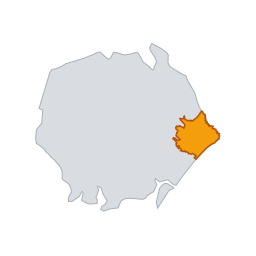 location of Pujehun, Southern, Sierra Leone, rotated 287°
{"feature_id": "65957751B2614126839094", "entity_name": "Pujehun", "entity_type": "district", "adm_level": 2, "iso_a3": "SLE", "parent_name": "Sierra Leone", "parent_adm1": "Southern", "projection": "albers", "projection_center": [-11.562, 7.3], "detail": "fine", "context": "in_parent", "style": "filled", "palette": "amber", "viewbox_px": 256, "rotation_deg": 287, "n_neighbors": 0, "source": "geoboundaries", "source_scale": "gbopen_adm2", "svg_char_len": 7072}
<svg xmlns="http://www.w3.org/2000/svg" viewBox="0 0 256 256"><g transform="rotate(287 128 128)"><path d="M215.6,125.9L215.5,127.7L213.8,136.2L211.2,143.4L209.5,145.2L202.1,147.1L198.9,150.3L196.2,160.6L194.5,168.7L191.9,170.1L181.0,181.7L173.9,186.2L168.9,190.0L164.2,195.0L158.3,199.8L151.9,207.9L147.4,216.4L144.3,219.0L142.0,216.6L131.1,208.3L119.6,202.7L95.3,193.3L87.1,190.7L87.4,187.4L90.3,181.3L85.7,174.2L87.5,169.1L85.7,169.0L82.2,172.1L74.8,171.2L69.9,166.8L65.9,165.1L64.1,162.9L61.6,151.2L59.7,145.9L56.0,142.6L48.6,141.8L45.5,134.6L41.4,129.1L42.1,125.7L45.4,125.9L48.1,128.4L52.3,129.4L57.6,123.4L62.4,120.2L63.5,117.4L62.9,115.8L60.0,118.2L52.2,117.6L50.2,119.7L46.7,120.4L44.0,113.4L44.2,109.3L45.3,104.7L53.2,104.0L53.9,102.5L48.4,101.5L41.6,96.2L40.4,92.6L43.8,91.4L47.0,91.9L49.8,92.7L52.9,91.4L55.8,89.4L57.5,86.9L59.8,80.0L67.3,77.8L71.7,73.6L75.8,67.1L77.8,62.5L79.5,60.2L80.6,58.3L81.4,56.1L83.2,54.1L85.2,49.3L86.5,44.9L90.8,42.8L99.5,40.9L107.4,44.1L120.1,41.3L120.8,37.2L132.5,37.1L146.3,37.1L157.9,37.0L161.8,38.1L163.2,41.2L167.0,46.0L171.0,49.4L175.9,56.7L181.6,65.2L187.8,72.9L191.8,77.1L192.3,78.6L192.0,80.3L190.0,84.2L188.4,88.4L188.5,90.0L189.7,90.8L196.2,92.1L196.8,96.9L196.8,103.4L199.9,109.5L202.9,114.0L202.8,115.6L195.5,123.3L192.7,130.9L191.2,133.1L190.7,134.8L192.1,135.6L194.1,135.1L197.0,135.7L199.7,135.9L203.2,133.2L209.2,126.2L211.2,125.3L215.6,125.9ZM84.8,187.7L83.9,189.3L80.1,185.5L60.0,179.7L65.6,176.7L79.6,175.9L83.7,177.6L85.6,179.1L86.3,181.9L84.8,187.7Z" fill="#d9dde1" stroke="#a8b0b8" stroke-width="1"/><path d="M165.6,193.4L164.2,192.9L163.0,192.5L161.9,192.2L160.7,191.8L159.9,191.5L159.3,191.3L158.3,190.8L157.7,190.4L157.1,190.1L156.6,189.7L156.0,189.3L155.4,188.8L154.8,188.4L154.3,188.2L154.0,188.1L153.9,187.9L153.9,187.6L153.7,187.6L153.5,187.3L153.5,187.1L153.6,186.9L153.4,186.9L153.2,186.6L153.4,186.5L153.6,186.4L153.5,186.2L153.3,185.8L153.2,185.5L153.2,185.3L153.4,185.1L153.1,184.6L152.9,184.4L153.0,184.2L152.8,184.0L152.7,183.8L152.7,183.7L152.8,183.3L152.8,183.2L152.6,182.8L152.5,182.5L152.6,182.1L152.6,181.7L152.8,181.2L152.9,180.9L152.8,180.6L153.0,180.2L153.6,179.7L153.9,179.5L154.2,179.2L154.4,178.9L154.6,178.8L154.9,178.8L155.1,178.9L155.4,178.7L155.8,178.3L155.5,178.2L155.0,178.1L154.5,178.2L153.9,178.3L153.6,178.4L153.3,178.3L153.0,178.0L152.8,177.7L152.6,177.4L152.5,176.9L152.5,176.3L152.4,176.0L152.4,175.6L152.4,175.1L152.3,174.9L152.1,174.9L151.6,175.5L151.4,175.6L151.1,176.0L150.6,176.5L150.4,176.9L150.3,177.2L150.3,177.4L149.9,177.9L149.6,178.3L149.3,178.8L149.1,179.4L148.8,179.9L148.4,180.5L148.1,180.8L148.0,181.0L147.9,181.2L147.7,181.4L147.5,181.5L147.2,181.6L146.5,181.6L146.2,181.5L145.9,181.5L145.5,181.6L145.1,181.6L144.7,181.6L144.2,181.5L144.4,181.2L144.6,180.5L144.7,180.0L144.6,179.4L144.7,179.1L144.8,178.7L144.9,178.3L145.0,177.8L145.2,177.4L145.4,176.9L145.2,176.6L144.9,176.3L144.4,175.8L144.1,175.6L143.9,175.4L143.7,175.1L143.7,174.8L143.8,174.4L144.1,174.1L143.8,173.9L142.9,173.6L142.1,173.6L141.3,174.1L141.0,174.4L140.9,174.8L140.6,175.2L140.5,175.8L140.3,176.1L140.0,176.5L139.6,176.6L139.1,176.6L138.7,176.6L138.4,176.3L138.0,176.0L137.3,176.1L136.6,176.1L136.1,176.1L134.9,176.2L134.5,176.5L134.2,177.1L134.0,177.3L133.8,177.7L133.6,178.0L133.4,178.2L133.4,178.5L133.4,178.9L133.4,179.1L133.2,179.5L132.9,179.8L132.5,180.0L132.4,180.2L132.4,180.4L132.1,180.5L132.1,181.2L131.8,181.1L131.6,180.6L131.1,180.0L130.9,179.7L130.7,179.4L130.6,178.9L130.9,178.4L131.3,177.7L131.5,177.1L131.7,176.6L132.1,176.1L131.8,175.7L131.7,175.4L131.9,174.8L131.9,174.3L131.2,174.2L130.8,174.3L130.5,174.4L130.5,174.8L130.7,175.0L130.4,175.4L130.3,175.7L130.3,175.9L130.1,176.1L129.8,176.5L129.2,177.6L129.0,178.0L128.7,178.3L128.1,178.7L127.7,179.0L127.3,178.5L127.0,178.7L126.8,179.0L126.4,179.1L126.0,179.0L125.6,179.0L125.4,179.3L125.1,179.5L124.9,179.7L124.5,180.2L124.4,180.4L124.8,180.9L125.2,181.2L125.5,181.5L125.8,181.8L125.9,182.2L125.8,182.4L125.3,182.4L125.0,182.2L124.8,182.3L124.5,182.3L124.4,182.0L124.2,181.9L123.9,181.7L123.6,181.7L123.3,181.9L123.0,182.3L123.3,182.8L123.7,183.3L123.9,183.6L123.8,184.1L123.7,184.4L123.6,184.8L123.1,185.0L122.5,185.2L122.2,185.2L121.7,184.9L121.7,185.0L122.0,185.1L122.0,185.3L122.0,185.6L122.0,185.8L122.1,186.1L121.9,186.2L121.9,186.3L121.7,186.3L121.7,186.5L121.8,186.8L121.7,187.1L121.7,187.3L121.6,187.5L121.7,187.8L121.8,187.9L121.8,188.0L122.2,188.3L122.3,188.5L122.2,188.7L122.3,188.8L122.5,188.8L122.4,189.0L122.2,189.2L122.3,189.3L122.5,189.5L122.2,189.4L122.2,189.8L122.1,190.0L122.3,190.0L122.3,190.3L122.5,190.2L122.6,190.3L122.5,191.1L122.2,191.5L122.0,192.0L121.8,192.7L122.0,192.9L121.8,193.1L121.5,193.4L121.2,193.6L121.4,193.9L121.4,194.6L121.4,195.7L121.4,195.8L121.5,196.3L121.9,196.6L122.1,196.7L122.3,196.8L122.5,197.0L122.5,197.4L122.4,197.4L122.4,197.5L122.3,197.9L122.3,198.2L122.2,198.5L122.0,198.8L121.9,199.2L121.8,200.0L121.8,200.3L121.6,200.9L121.4,201.1L121.2,201.0L120.8,200.9L120.7,200.7L120.2,200.9L119.8,200.7L119.7,200.3L119.5,200.1L119.2,200.0L118.9,200.2L118.8,200.5L118.5,201.3L118.2,201.7L117.9,202.1L118.4,202.5L120.2,203.2L122.4,204.2L127.8,206.9L131.1,208.6L133.1,209.9L135.2,211.2L137.3,213.0L138.3,214.3L138.7,214.7L139.2,215.3L139.9,215.5L143.8,217.5L144.5,217.9L144.9,218.0L145.4,217.9L145.9,217.8L146.0,217.8L146.6,217.8L146.9,217.9L147.2,217.9L147.3,217.7L147.5,217.4L147.6,217.2L148.4,216.9L148.7,216.9L149.1,217.0L149.4,217.1L149.5,217.0L149.4,216.4L148.8,215.6L148.7,215.4L148.8,215.2L149.4,215.3L149.7,215.1L149.6,214.4L149.9,214.1L150.3,214.2L150.7,214.3L150.8,213.7L150.8,213.3L150.9,213.2L151.2,213.0L151.4,212.9L151.5,212.8L151.9,212.8L152.0,212.6L152.2,212.4L152.4,212.3L152.3,211.7L152.4,211.2L152.4,210.8L152.7,210.6L152.7,210.4L152.6,210.2L152.1,209.8L152.0,209.7L152.0,209.4L152.1,209.2L152.3,209.0L152.5,208.8L152.6,208.7L152.8,208.7L153.1,208.8L153.4,208.8L153.6,208.7L153.8,208.8L154.1,208.9L154.3,208.9L154.5,208.9L154.4,208.2L154.4,207.7L154.2,207.3L154.4,206.8L154.1,206.5L154.1,206.4L153.9,206.0L153.8,205.8L153.6,205.7L153.4,205.4L153.3,205.1L153.7,204.8L153.8,204.8L154.2,205.0L154.5,204.9L154.7,204.6L154.5,204.4L154.3,204.2L154.7,203.8L154.9,203.6L155.2,203.5L155.0,203.3L155.4,202.8L155.6,202.6L155.6,202.1L155.6,201.9L155.8,201.8L155.9,201.5L155.8,201.3L155.7,201.2L155.8,201.1L156.2,200.9L156.3,201.0L156.2,201.2L156.3,201.4L156.5,201.4L156.8,201.3L157.0,201.5L156.6,201.8L157.0,201.8L157.2,201.6L157.2,200.9L157.6,200.7L157.6,200.3L157.7,200.2L157.8,200.0L158.0,199.8L157.9,199.5L157.9,199.4L158.1,199.4L158.4,199.5L158.3,199.8L158.6,199.8L158.9,199.8L159.1,199.9L159.4,199.8L159.7,199.3L159.8,199.1L160.0,198.8L160.3,198.6L160.6,198.8L161.0,199.0L161.3,198.7L161.7,198.7L162.0,198.5L162.3,198.3L162.4,198.1L162.7,198.1L163.0,198.1L163.3,197.9L163.4,197.7L163.4,197.4L163.2,197.2L163.4,197.0L163.6,196.6L163.4,196.4L163.4,196.2L163.6,196.1L163.8,196.0L163.8,195.8L163.9,195.5L164.2,195.4L164.5,195.4L164.7,195.1L165.0,195.0L165.2,194.6L165.6,194.4L165.5,193.6L165.6,193.4Z" fill="#f59e0b" stroke="#b45309" stroke-width="1.5"/></g></svg>